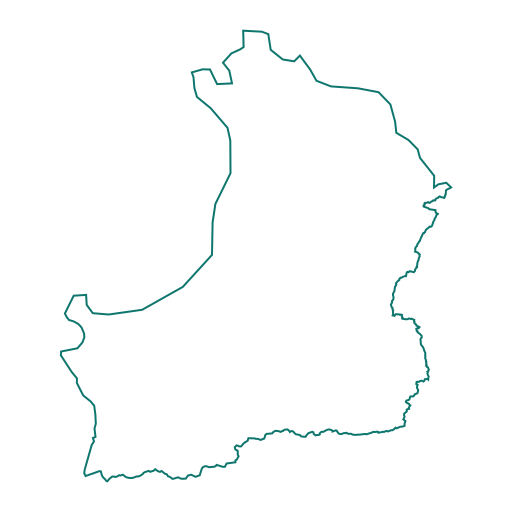 Alay, Osh, Kyrgyzstan
{"feature_id": "92254566B995553538907", "entity_name": "Alay", "entity_type": "district", "adm_level": 2, "iso_a3": "KGZ", "parent_name": "Kyrgyzstan", "parent_adm1": "Osh", "projection": "natural_earth1", "projection_center": [73.817, 39.902], "detail": "fine", "context": "isolated", "style": "outline", "palette": "teal", "viewbox_px": 512, "rotation_deg": 0, "n_neighbors": 0, "source": "geoboundaries", "source_scale": "gbopen_adm2", "svg_char_len": 6067}
<svg xmlns="http://www.w3.org/2000/svg" viewBox="0 0 512 512"><path d="M73.7,295.7L64.9,313.5L66.6,316.9L69.0,320.0L73.4,321.3L77.9,323.7L80.4,326.1L81.9,328.2L84.1,333.6L84.3,337.5L82.4,342.5L77.4,348.3L61.1,351.5L60.9,355.4L71.8,372.1L76.9,378.3L76.9,383.0L83.1,395.3L90.7,401.5L94.2,405.7L95.4,414.8L95.8,423.8L94.5,428.5L95.5,436.9L92.9,438.0L94.0,441.4L91.7,445.0L84.7,469.7L84.2,473.2L85.6,476.0L99.6,471.1L100.9,471.5L101.7,474.9L102.4,476.3L103.3,477.6L104.9,479.0L106.3,480.9L107.3,481.3L109.6,478.6L112.2,476.6L114.0,476.5L114.5,476.8L115.5,476.9L117.4,476.4L119.2,475.2L120.4,475.5L122.8,474.7L126.1,477.2L129.0,477.9L132.0,478.0L134.3,477.4L136.6,476.4L138.1,476.5L140.1,475.8L142.7,474.1L143.5,472.9L145.4,471.9L148.8,470.9L150.2,471.8L153.7,470.7L155.2,469.2L157.6,471.0L159.0,471.6L160.1,471.9L161.4,471.0L162.1,471.4L164.9,473.7L166.8,474.3L168.0,476.3L169.1,476.6L170.7,477.4L172.0,478.6L172.8,478.9L178.2,477.3L180.5,478.5L182.5,478.8L185.8,478.6L187.9,475.6L191.1,474.7L195.5,476.8L199.7,475.3L201.7,469.0L202.7,467.3L204.7,466.3L206.4,466.2L208.9,467.2L214.3,466.7L215.8,466.0L216.6,464.9L222.7,466.8L224.9,466.8L226.6,463.5L235.4,462.3L235.4,460.4L236.7,459.7L238.6,456.2L237.8,454.9L237.7,450.8L235.3,449.4L234.8,447.1L236.6,445.4L238.5,445.9L239.1,446.4L241.1,446.4L243.9,443.1L247.7,440.7L248.4,438.2L254.8,438.4L256.0,438.9L258.2,438.9L260.4,439.9L261.1,439.9L262.4,439.1L264.0,438.7L264.7,437.4L265.2,435.2L266.5,433.9L272.2,433.4L273.2,432.1L275.4,430.8L278.3,431.1L280.8,431.9L281.9,431.1L283.0,431.0L283.3,430.5L284.7,429.7L287.6,429.4L289.5,431.3L289.9,432.0L290.6,431.4L291.8,431.0L293.3,431.6L294.6,433.2L296.0,434.3L299.5,434.9L300.2,435.3L301.0,436.3L301.7,436.5L304.9,436.8L305.8,436.6L306.2,435.6L308.5,433.1L312.3,431.8L313.4,432.3L313.7,433.9L315.6,435.4L316.4,435.1L318.5,435.0L319.7,434.5L319.7,433.4L321.4,431.8L323.5,431.8L326.8,429.9L329.4,429.4L331.7,430.2L332.6,430.9L332.6,431.5L335.7,430.4L336.5,430.5L338.5,433.4L339.9,434.0L341.4,434.1L343.2,433.3L344.6,433.0L345.8,433.2L346.4,432.8L348.4,433.9L350.6,433.7L351.8,434.1L352.4,434.6L356.3,434.9L357.9,434.6L359.6,434.7L363.5,434.1L365.3,434.0L366.4,434.3L372.1,432.5L373.0,431.9L375.5,432.0L377.1,431.6L378.4,432.1L378.2,432.6L378.5,432.7L382.3,432.0L382.8,431.7L383.9,432.0L386.2,431.0L386.8,431.0L387.5,431.4L388.4,431.3L391.1,430.2L392.2,430.3L394.0,429.3L394.7,428.3L395.8,428.2L395.9,427.8L396.6,428.2L397.3,428.1L400.0,426.8L402.9,426.5L404.6,425.8L404.5,424.0L405.4,421.0L403.3,419.4L404.4,417.3L404.5,416.3L404.1,415.6L404.1,413.7L406.8,411.4L406.7,409.7L407.4,409.2L409.1,408.8L408.8,407.9L409.2,407.1L409.3,406.6L410.3,405.3L409.4,404.7L408.9,403.8L408.1,403.3L407.5,403.3L405.8,401.9L405.8,401.6L406.4,400.6L409.0,399.8L409.6,398.9L410.1,396.8L410.5,396.4L411.8,396.5L413.4,396.3L414.2,395.5L414.7,394.3L417.4,393.3L418.2,390.3L417.0,387.8L417.1,385.9L417.7,385.0L416.9,384.2L416.3,384.0L416.5,382.1L417.1,381.7L418.0,381.9L419.3,381.7L420.1,381.0L421.6,380.7L423.4,381.5L424.3,380.8L424.8,379.3L427.6,378.9L428.2,379.5L428.6,376.4L427.8,374.9L427.4,373.4L427.8,372.6L427.8,371.7L427.6,371.6L428.5,370.8L428.8,369.5L428.5,369.2L428.1,367.5L427.0,366.9L426.9,366.2L426.1,365.8L426.1,365.0L426.6,364.4L426.1,362.8L426.4,361.9L425.9,361.3L426.0,360.6L425.1,357.6L425.5,356.2L425.1,355.3L425.4,353.2L424.2,350.6L424.1,349.8L423.7,349.1L423.2,347.4L421.1,344.8L420.8,343.7L420.7,340.8L420.4,339.5L420.8,338.5L421.7,337.5L421.7,335.9L420.4,334.4L417.5,332.1L417.5,331.2L416.8,330.9L416.9,330.5L416.5,329.9L416.6,329.4L416.3,328.9L417.3,328.2L418.7,328.2L419.0,327.3L419.3,327.1L417.2,325.8L416.5,325.7L416.1,324.7L415.5,323.9L414.7,323.5L414.1,322.0L414.5,321.5L414.0,320.3L414.2,319.9L412.8,319.2L411.8,318.7L411.1,319.0L409.0,318.5L407.8,319.1L406.1,319.3L402.7,318.8L402.9,318.3L402.1,318.0L402.2,316.5L401.6,315.7L401.9,314.9L401.0,314.5L399.9,314.8L398.9,314.3L397.9,314.4L396.6,314.2L395.6,314.3L394.5,315.9L392.7,315.4L393.2,314.4L392.9,311.6L393.2,310.3L392.6,309.8L392.6,308.0L391.8,307.5L390.9,304.7L392.1,302.4L391.9,301.2L393.2,299.6L393.5,298.1L393.4,296.4L393.0,295.4L393.0,293.7L394.4,291.1L395.0,286.8L396.3,284.7L395.9,283.3L398.2,280.7L399.2,280.1L399.5,279.1L399.4,278.8L400.6,277.7L401.6,277.7L403.1,276.7L404.7,276.2L406.0,276.2L406.6,272.9L407.3,271.9L408.7,272.2L409.2,271.5L409.9,271.2L413.8,272.2L415.1,270.7L415.1,269.7L415.8,268.4L417.0,267.3L417.1,266.6L416.7,266.3L417.3,264.8L417.3,263.3L417.9,261.2L418.5,260.2L418.9,258.1L419.6,256.6L419.5,255.1L419.8,254.5L419.0,253.7L418.4,253.5L418.3,253.1L417.7,252.5L415.0,251.6L415.4,250.4L415.2,248.3L416.3,246.5L416.9,246.1L417.4,244.2L418.6,242.7L418.9,241.7L419.8,241.0L421.1,237.3L421.7,236.6L422.4,234.7L423.2,233.3L423.4,233.0L424.1,233.1L424.4,232.5L425.0,232.1L425.6,230.5L426.4,229.3L428.7,227.6L429.5,226.6L430.7,226.9L431.9,226.0L432.6,224.1L432.7,223.5L433.2,222.8L433.2,221.9L434.5,219.8L434.5,218.9L435.8,217.0L436.5,214.9L437.7,214.2L437.8,213.8L437.1,213.7L435.7,212.4L435.5,211.6L435.6,211.0L435.3,210.6L435.4,210.1L429.2,209.2L429.0,208.7L428.1,208.1L423.7,206.6L423.5,205.7L424.6,204.9L424.7,204.5L424.3,203.9L424.6,203.2L425.0,202.8L425.7,203.0L427.6,202.5L428.1,202.1L429.0,202.8L429.9,202.8L431.2,201.6L432.7,201.1L433.3,200.3L435.3,200.3L435.4,199.7L435.8,198.8L438.4,197.6L438.5,197.1L439.7,196.4L441.4,197.3L442.7,197.3L444.3,197.9L444.8,197.1L444.8,196.4L445.2,195.2L445.7,194.7L445.5,194.1L445.8,193.3L446.0,190.4L447.4,189.3L449.9,188.2L451.1,187.4L446.3,182.8L438.4,184.3L434.0,187.5L434.2,175.8L420.0,157.9L417.7,149.4L408.6,140.1L396.3,132.8L395.1,121.6L390.4,104.5L378.6,92.2L357.9,88.3L331.0,86.4L316.5,80.8L310.2,69.6L299.9,55.6L294.2,61.3L282.8,59.5L270.7,49.8L268.3,34.1L261.8,31.7L243.2,30.7L243.6,47.1L240.1,49.4L231.4,53.4L223.0,62.7L229.3,70.7L232.0,83.4L217.1,84.1L210.0,69.5L202.7,69.3L191.8,72.4L193.5,77.2L194.4,88.1L197.0,97.0L210.7,108.2L227.5,127.8L230.3,140.5L230.5,173.2L215.4,203.9L212.6,222.4L212.0,254.9L182.8,286.9L142.1,309.8L108.7,314.5L92.8,313.2L86.7,304.9L86.1,294.9L73.7,295.7Z" fill="none" stroke="#0f766e" stroke-width="2"/></svg>